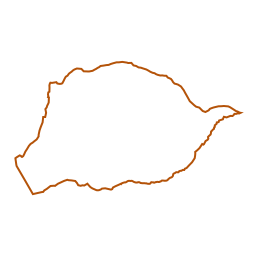 the district of Santiago Texcalcingo, Puebla, Mexico
{"feature_id": "50627088B87792641309380", "entity_name": "Santiago Texcalcingo", "entity_type": "district", "adm_level": 2, "iso_a3": "MEX", "parent_name": "Mexico", "parent_adm1": "Puebla", "projection": "natural_earth1", "projection_center": [-96.972, 18.216], "detail": "fine", "context": "isolated", "style": "outline", "palette": "amber", "viewbox_px": 256, "rotation_deg": 0, "n_neighbors": 0, "source": "geoboundaries", "source_scale": "gbopen_adm2", "svg_char_len": 4422}
<svg xmlns="http://www.w3.org/2000/svg" viewBox="0 0 256 256"><path d="M240.6,112.8L239.6,112.6L237.5,111.5L236.2,111.2L234.1,109.8L231.9,108.4L230.0,107.2L228.3,106.4L223.8,106.0L221.7,106.2L218.5,106.3L215.1,107.1L213.5,107.5L211.2,108.3L209.8,108.9L208.7,110.3L207.2,111.1L205.4,112.0L202.7,111.0L199.3,107.6L196.1,106.7L194.2,105.2L191.7,102.9L189.8,101.2L187.9,97.7L185.0,92.6L183.8,90.3L182.3,88.3L181.0,86.5L178.0,84.6L176.5,84.1L174.5,83.6L172.9,81.9L172.2,80.5L170.9,78.9L167.7,77.5L166.4,75.8L164.1,75.7L162.3,75.4L160.3,75.5L157.6,74.8L155.9,74.1L154.6,73.2L152.6,72.8L150.2,71.7L148.6,70.7L146.4,69.5L142.9,68.4L140.9,67.7L138.5,67.4L136.2,66.0L133.5,65.4L131.4,62.9L128.1,63.0L126.9,62.6L122.3,61.9L119.1,62.3L116.7,62.3L113.3,63.2L110.7,64.0L108.7,64.9L106.3,65.1L103.4,65.6L100.5,66.0L99.2,67.1L97.6,67.9L96.1,68.9L94.3,69.8L92.6,70.8L89.0,71.5L83.7,71.3L81.4,68.9L76.9,68.5L74.4,69.5L73.0,70.4L71.6,71.7L70.3,72.6L68.9,73.7L67.5,75.7L65.8,76.7L64.8,78.4L63.5,81.1L62.3,83.3L61.0,83.8L59.5,83.9L57.3,83.5L56.4,82.2L55.1,82.4L52.0,82.9L50.4,82.7L49.9,83.5L49.4,85.3L49.5,87.6L49.4,91.7L48.3,92.4L48.0,94.5L48.3,96.1L48.0,97.1L48.9,97.5L48.7,102.5L48.2,103.7L47.1,105.9L46.7,107.4L45.4,109.1L46.1,112.8L45.2,117.0L43.2,117.0L42.6,122.4L41.5,125.1L40.5,127.7L39.5,130.6L38.9,133.5L38.6,135.0L38.6,136.4L36.7,139.4L34.1,141.4L32.7,142.6L30.6,143.9L28.9,145.9L27.2,148.8L25.3,151.7L24.2,154.2L23.2,156.1L22.1,156.9L21.6,156.8L20.9,155.9L19.7,155.4L16.8,157.2L15.4,158.2L16.3,164.6L16.6,166.0L24.9,180.2L32.9,194.1L41.7,192.1L43.2,191.9L44.3,190.4L46.8,188.9L50.5,186.0L54.3,185.7L55.0,185.9L58.0,183.7L64.1,180.9L67.3,179.8L68.6,180.2L71.4,180.4L75.3,181.0L77.1,183.2L78.2,185.2L80.7,185.8L82.4,185.3L84.3,185.5L87.4,183.7L88.2,184.7L90.4,187.1L92.4,188.4L96.5,190.2L97.9,190.3L98.9,190.2L100.8,189.5L102.0,188.6L105.2,188.3L111.0,189.6L112.2,189.1L113.0,187.5L115.5,186.2L118.7,184.8L121.0,183.7L121.3,183.6L121.4,183.8L121.9,183.3L122.4,183.0L122.9,182.9L123.5,182.7L124.2,182.5L124.4,182.4L124.7,182.4L125.1,182.4L125.4,182.4L125.6,182.3L125.8,182.3L126.0,182.2L126.4,182.0L127.0,181.6L127.5,181.2L128.1,181.0L128.4,180.9L128.8,180.9L129.3,180.9L130.2,180.9L130.8,181.0L131.3,180.9L131.6,180.8L132.0,180.9L132.5,181.1L133.2,181.5L133.7,181.8L134.1,182.0L135.0,182.3L135.5,182.4L135.8,182.5L136.1,182.5L136.7,182.5L137.1,182.5L137.5,182.4L137.8,182.4L138.1,182.2L138.5,182.2L138.8,182.2L139.2,182.2L139.6,182.4L139.9,182.5L140.4,182.9L140.6,183.0L140.9,183.0L141.5,183.1L142.3,183.2L142.7,183.2L143.3,183.2L143.8,183.2L144.6,183.2L145.1,183.3L145.6,183.3L146.1,183.3L146.3,183.3L146.6,183.4L147.0,183.6L147.6,183.7L148.2,183.8L148.6,183.8L148.8,183.8L149.2,183.8L149.5,183.8L149.8,183.8L150.0,183.7L150.4,183.3L150.6,183.1L150.7,182.9L150.8,182.7L151.0,182.4L151.3,182.2L151.5,182.2L151.8,182.3L152.4,182.3L152.7,182.3L152.9,182.3L153.2,182.3L153.3,182.4L153.5,182.5L153.9,182.7L154.2,182.7L154.4,182.7L154.7,182.6L154.9,182.5L155.1,182.3L155.4,182.2L155.6,182.1L156.2,182.1L156.5,182.0L156.9,181.9L157.1,181.9L157.5,181.9L158.0,181.9L158.4,182.0L158.6,182.0L159.2,182.0L159.4,181.9L159.6,181.8L159.7,181.7L160.2,181.6L160.5,181.5L160.8,181.4L161.0,181.2L161.5,180.8L161.8,180.6L162.1,180.5L162.3,180.5L162.9,180.6L163.5,180.6L163.9,180.6L164.3,180.7L165.0,180.8L165.6,180.7L166.1,180.7L166.4,180.6L166.8,180.5L167.3,180.2L167.7,179.9L168.0,179.6L168.4,179.1L168.7,178.8L169.0,178.6L169.4,178.3L169.9,177.9L170.2,177.8L170.6,177.6L171.4,177.4L171.6,177.3L171.8,177.2L172.1,176.9L172.5,176.5L172.8,176.1L172.9,175.8L173.0,175.4L173.1,174.8L173.2,174.3L173.3,174.0L173.4,173.9L173.5,173.8L173.7,173.6L174.2,173.4L174.9,173.1L175.4,172.7L175.6,172.5L176.1,172.3L176.4,172.2L176.9,172.2L177.1,172.2L177.7,172.3L178.1,172.3L178.4,172.2L178.5,172.2L179.0,171.5L179.3,171.1L180.5,170.8L181.3,170.8L182.8,169.9L184.2,170.0L184.5,169.5L184.9,168.7L186.6,168.0L188.8,165.6L192.1,162.2L194.7,158.2L195.1,155.7L195.3,153.5L195.2,151.9L197.2,150.3L199.5,148.1L202.2,144.0L203.4,144.6L204.0,144.1L205.6,141.0L207.6,139.8L208.3,138.7L208.0,137.0L208.7,136.2L210.6,134.5L210.9,133.3L211.1,131.5L211.9,130.8L212.8,129.7L214.0,128.8L214.1,127.4L214.8,126.9L214.8,125.3L216.6,123.8L216.8,122.4L217.6,122.3L218.6,122.1L219.1,120.5L222.9,119.3L223.2,118.3L223.9,116.8L226.6,117.4L230.4,115.9L232.5,116.0L233.6,115.1L234.4,113.9L236.1,113.9L237.9,113.3L239.1,113.5L240.6,112.8Z" fill="none" stroke="#b45309" stroke-width="2"/></svg>